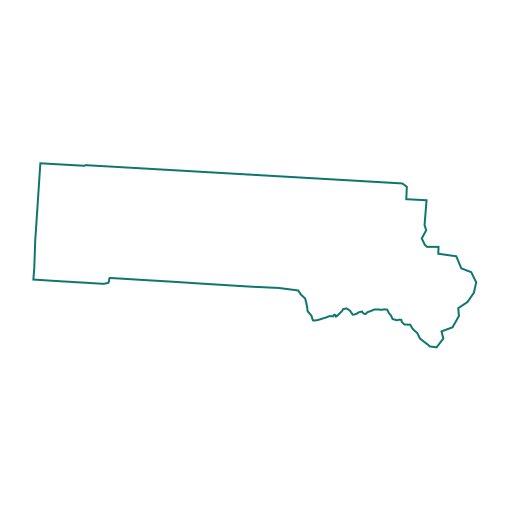 the district of San Miguel, Colorado, United States of America, rotated 3°
{"feature_id": "52423323B46941979190564", "entity_name": "San Miguel", "entity_type": "district", "adm_level": 2, "iso_a3": "USA", "parent_name": "United States of America", "parent_adm1": "Colorado", "projection": "orthographic", "projection_center": [-108.277, 37.965], "detail": "fine", "context": "isolated", "style": "outline", "palette": "teal", "viewbox_px": 512, "rotation_deg": 3, "n_neighbors": 0, "source": "geoboundaries", "source_scale": "gbopen_adm2", "svg_char_len": 1629}
<svg xmlns="http://www.w3.org/2000/svg" viewBox="0 0 512 512"><g transform="rotate(3 256 256)"><path d="M34.9,291.2L38.6,291.2L46.4,291.3L53.9,291.4L58.5,291.4L63.1,291.5L72.1,291.5L76.0,291.6L81.4,291.6L83.4,291.6L85.2,291.6L86.6,291.6L87.5,291.6L91.2,291.7L95.8,291.7L105.2,291.8L109.9,290.6L110.6,288.5L110.5,287.3L111.0,285.6L116.5,285.6L127.9,285.7L138.0,285.8L151.2,285.9L167.8,286.0L178.1,286.1L200.2,286.4L221.4,286.6L240.4,286.8L257.3,286.9L263.4,286.8L271.7,286.8L280.1,286.7L299.9,288.2L302.9,292.2L307.3,295.9L308.7,300.3L309.8,304.9L310.5,308.6L311.9,309.9L313.3,311.5L314.5,312.7L315.8,316.4L316.2,317.3L318.4,317.3L321.1,316.7L325.7,315.0L329.5,313.6L332.4,312.2L336.0,312.2L336.7,311.0L337.6,310.6L338.3,310.8L338.5,311.7L338.9,312.3L339.8,311.9L341.9,309.6L344.7,306.6L345.8,304.5L349.3,303.6L352.7,305.7L355.0,308.6L355.6,309.5L357.4,309.3L359.4,308.4L361.9,306.7L364.9,305.9L365.4,306.9L366.9,308.0L368.4,308.3L370.1,306.4L374.0,304.7L377.1,303.2L381.3,303.0L384.0,303.2L386.7,302.6L389.8,302.7L391.7,306.0L394.1,308.7L395.7,311.8L400.0,312.8L402.4,312.1L404.5,312.2L405.0,314.2L407.7,316.6L413.6,316.6L415.9,320.1L418.0,322.1L421.0,324.4L424.2,330.0L428.1,332.7L432.1,335.4L434.3,337.2L441.1,337.8L447.4,328.6L445.2,321.6L456.0,316.9L461.8,305.3L460.7,297.5L469.6,290.9L475.5,281.3L477.3,270.8L471.8,260.9L461.7,257.6L456.0,245.8L437.9,244.2L437.8,237.3L426.3,237.9L424.1,236.1L420.6,229.8L424.6,221.4L422.7,216.3L423.4,191.4L403.1,191.4L403.0,179.0L398.3,175.9L81.3,174.2L79.9,174.9L35.8,174.7L34.9,240.6L34.9,241.5L34.7,251.3L35.2,280.0L34.9,291.2Z" fill="none" stroke="#0f766e" stroke-width="2"/></g></svg>